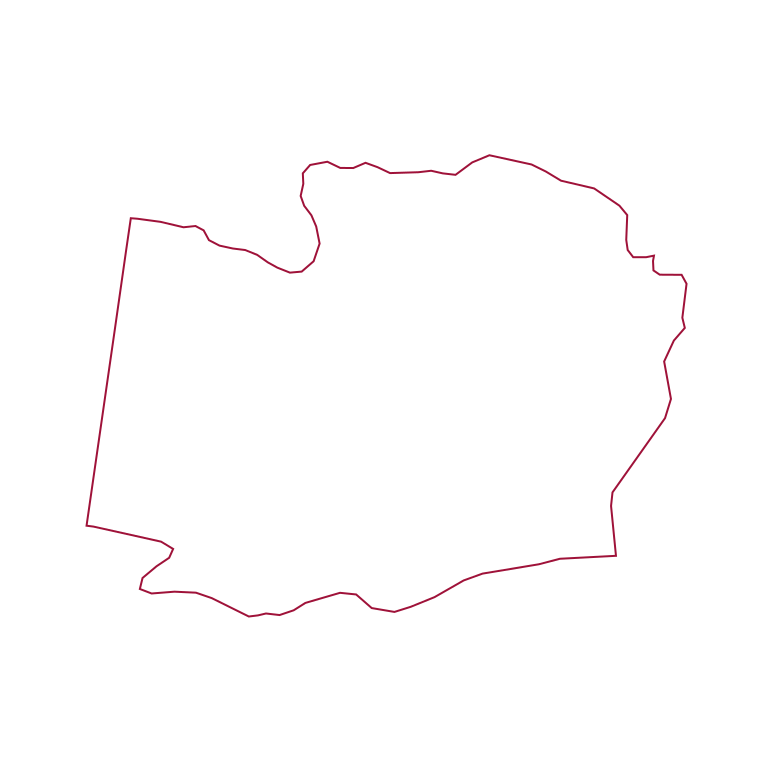 the border of Koulpélogo, rotated 83°
{"feature_id": "BFA-2827", "entity_name": "Koulpélogo", "entity_type": "Province", "adm_level": 1, "iso_a3": "BFA", "parent_name": "Burkina Faso", "parent_adm1": "", "projection": "equal_earth", "projection_center": [0.155, 11.405], "detail": "fine", "context": "isolated", "style": "outline", "palette": "rose", "viewbox_px": 768, "rotation_deg": 83, "n_neighbors": 0, "source": "natural_earth", "source_scale": "10m", "svg_char_len": 1275}
<svg xmlns="http://www.w3.org/2000/svg" viewBox="0 0 768 768"><g transform="rotate(83 384 384)"><path d="M488.4,696.5L435.0,682.0L295.5,644.1L220.4,623.8L188.6,615.1L189.9,608.7L195.8,586.1L204.0,563.9L204.2,551.9L209.5,544.3L219.9,540.2L226.6,530.4L231.1,517.5L234.1,505.5L240.4,494.1L249.1,484.5L255.5,475.7L262.0,463.8L262.4,452.0L253.6,438.9L236.8,430.8L219.4,432.1L207.7,435.5L197.4,441.5L187.2,443.8L175.5,439.7L165.0,438.9L157.6,430.6L156.5,413.1L164.2,401.1L165.9,388.2L162.2,375.4L168.0,364.0L175.4,352.3L178.0,324.0L178.1,311.2L182.1,300.0L185.1,287.5L174.8,269.4L169.8,251.5L184.1,210.8L192.8,197.5L203.8,183.5L215.5,151.6L235.7,128.6L246.0,122.0L270.5,126.0L280.7,125.8L288.5,121.2L290.1,108.5L289.5,100.4L294.7,102.0L304.1,102.7L309.1,97.0L311.9,75.3L321.4,71.5L354.6,79.8L365.0,78.6L376.2,91.0L395.8,103.2L433.8,101.0L452.1,109.2L519.4,170.4L532.7,173.5L582.8,174.7L578.9,230.7L581.8,252.3L584.2,309.3L588.7,328.9L601.7,359.8L608.4,384.6L611.5,401.4L604.9,423.5L589.5,437.3L585.9,453.1L591.7,488.7L597.6,501.2L600.6,515.8L597.4,529.1L598.3,537.3L598.3,546.5L575.5,581.1L568.2,596.1L564.6,617.3L563.6,640.2L557.7,651.3L547.1,647.3L537.2,632.0L530.3,618.4L522.0,613.4L513.3,624.5L490.1,689.8L488.4,696.5Z" fill="none" stroke="#9f1239" stroke-width="2"/></g></svg>